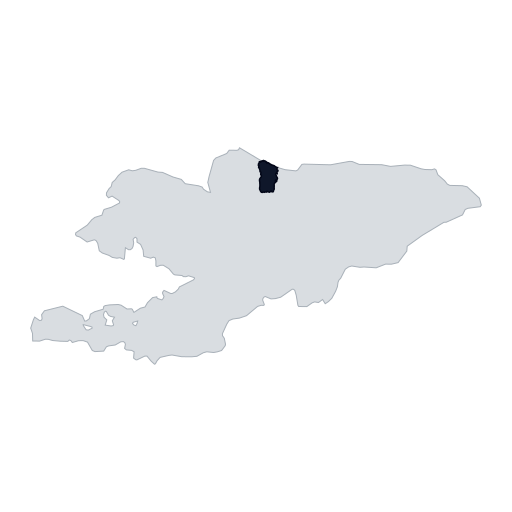 Ysyk-Ata, Chuy, Kyrgyzstan shown in context
{"feature_id": "92254566B31675215078110", "entity_name": "Ysyk-Ata", "entity_type": "district", "adm_level": 2, "iso_a3": "KGZ", "parent_name": "Kyrgyzstan", "parent_adm1": "Chuy", "projection": "albers", "projection_center": [74.932, 42.711], "detail": "fine", "context": "in_parent", "style": "filled", "palette": "ink", "viewbox_px": 512, "rotation_deg": 0, "n_neighbors": 0, "source": "geoboundaries", "source_scale": "gbopen_adm2", "svg_char_len": 7022}
<svg xmlns="http://www.w3.org/2000/svg" viewBox="0 0 512 512"><path d="M103.8,306.4L105.2,305.6L109.5,304.9L118.2,304.5L121.1,305.2L127.0,309.0L131.5,308.8L132.3,309.3L133.9,312.4L140.4,308.2L145.0,307.0L147.5,302.7L152.6,297.6L156.8,296.8L156.9,297.7L157.6,298.5L161.9,299.9L163.2,298.5L164.0,296.6L162.6,293.5L162.6,292.2L164.0,290.4L170.7,293.5L172.2,293.5L175.4,291.9L178.3,289.1L179.4,286.9L193.4,279.9L194.5,278.6L194.3,277.6L188.5,275.8L185.9,276.7L183.4,276.6L182.0,275.5L174.9,274.9L173.4,274.1L168.9,268.7L163.2,265.2L160.4,265.3L157.0,266.6L155.9,265.9L155.9,260.9L155.3,257.9L153.3,257.1L150.7,258.2L143.7,256.3L143.1,250.0L140.6,244.4L137.0,242.1L137.0,238.7L135.7,237.3L134.6,237.6L133.1,239.3L133.7,242.9L133.0,246.6L132.1,248.4L130.4,249.7L128.5,249.7L125.4,247.7L124.4,258.8L123.8,259.4L120.0,257.7L116.9,258.2L112.3,257.4L109.0,255.4L102.3,253.0L99.3,250.8L97.7,243.2L96.0,240.5L94.3,239.8L87.1,242.0L80.0,237.1L76.4,235.9L75.5,234.5L75.8,232.8L87.3,225.1L91.9,219.6L94.8,217.4L101.9,215.2L103.7,210.0L104.3,209.4L111.5,207.2L119.5,203.0L119.7,201.7L119.0,200.6L112.1,196.1L108.5,197.8L106.4,195.3L106.5,192.8L109.1,188.6L111.2,186.6L112.2,182.5L115.2,179.8L118.3,175.6L122.0,172.2L128.7,169.8L132.3,170.8L135.8,170.3L141.2,168.3L144.4,168.3L158.0,172.1L162.5,172.4L173.0,177.0L181.3,179.4L185.2,183.7L198.6,185.8L202.2,187.1L203.5,189.2L207.3,191.8L210.5,192.4L207.8,182.4L209.1,176.5L213.6,160.4L215.8,158.0L226.7,153.5L229.2,150.2L237.0,150.3L238.6,149.7L239.5,147.8L263.5,162.1L272.6,166.1L285.2,169.7L295.9,170.9L297.7,170.0L301.9,164.4L304.0,164.1L330.5,164.8L349.4,161.4L352.1,161.5L359.2,164.4L381.7,164.7L390.5,166.4L404.5,165.1L410.4,165.2L421.1,168.8L424.9,169.5L431.8,169.7L434.5,168.9L436.0,169.8L437.8,174.7L444.7,180.8L447.3,184.1L449.8,185.4L462.3,185.7L467.1,186.8L479.4,198.2L481.3,205.1L480.2,206.7L467.9,208.3L465.2,209.5L462.5,214.9L446.3,222.2L443.9,222.3L422.2,235.4L407.2,246.2L406.8,251.1L398.1,262.6L391.4,264.2L385.6,264.1L376.2,267.8L364.0,267.0L359.9,267.3L351.8,266.0L348.6,266.9L345.3,269.2L340.7,278.2L338.8,280.3L338.0,282.4L337.4,286.7L335.6,291.3L331.8,298.3L328.4,301.6L325.2,303.7L322.6,299.5L318.5,302.5L314.6,301.9L312.2,302.8L306.8,306.6L298.7,306.5L297.9,305.3L296.2,295.1L294.8,290.4L293.6,289.3L292.2,289.2L280.7,297.2L275.4,298.6L271.0,298.9L265.2,296.5L264.0,297.1L263.0,298.4L262.6,300.0L264.3,304.5L263.8,305.4L261.2,305.3L257.6,306.4L246.5,315.7L239.4,318.1L232.9,319.0L229.0,320.6L226.8,324.1L222.4,333.7L222.5,335.7L224.3,338.3L225.5,344.2L225.2,345.7L221.6,350.5L217.1,351.9L213.6,352.5L206.8,351.8L203.4,352.7L196.9,356.3L191.6,356.8L181.7,356.7L172.0,355.0L168.8,355.4L160.1,357.4L157.1,360.7L155.4,363.8L154.5,364.2L151.2,361.2L147.0,356.1L144.8,356.1L136.9,359.9L135.7,359.7L133.6,358.1L134.1,351.8L131.7,350.4L126.4,349.9L124.6,348.4L125.4,344.4L124.9,342.8L123.5,341.6L120.8,341.8L115.2,345.0L108.6,345.9L106.4,346.8L103.7,351.1L95.0,351.6L92.3,350.5L87.5,342.1L83.1,340.6L78.5,340.7L72.3,342.5L70.9,340.6L69.3,340.0L67.8,341.4L60.3,341.2L52.6,340.5L48.3,339.3L45.4,339.2L39.6,341.1L32.7,341.0L32.5,333.4L30.7,328.1L33.4,319.8L34.7,317.1L39.7,320.6L41.5,320.2L42.1,318.6L41.6,314.7L44.4,310.8L62.8,306.2L82.3,315.6L84.7,321.1L86.4,320.9L89.4,318.7L90.4,314.2L94.5,311.8L103.2,309.2L103.8,306.4ZM113.2,325.6L113.6,324.8L112.3,320.8L114.5,317.2L110.5,316.4L108.5,315.2L106.3,311.4L105.5,311.2L104.3,312.1L103.5,314.6L104.0,317.2L106.8,319.9L105.2,325.1L111.1,326.0L113.2,325.6ZM92.1,328.2L92.0,327.1L90.6,326.5L83.2,324.6L83.4,325.7L86.1,329.8L88.3,330.1L92.1,328.2ZM137.1,323.4L137.7,321.0L133.1,322.3L132.5,323.5L134.0,325.1L135.9,325.7L137.1,323.4Z" fill="#d9dde1" stroke="#a8b0b8" stroke-width="1"/><path d="M260.6,161.4L260.5,161.5L260.2,161.6L260.2,162.1L259.6,162.1L259.6,161.7L259.4,161.7L259.2,162.2L259.1,162.7L259.1,163.1L258.9,163.5L258.5,163.8L258.4,164.3L258.5,164.8L258.4,165.0L258.3,165.9L258.5,165.5L258.9,165.6L258.6,167.1L258.7,167.5L258.7,167.8L259.5,168.1L259.6,169.4L260.1,170.9L260.0,171.7L260.7,172.0L260.9,172.2L260.9,172.7L260.8,173.5L260.7,174.4L260.8,174.9L261.3,175.3L261.5,175.8L261.4,176.3L261.1,176.9L260.6,177.6L260.2,178.2L259.9,178.6L259.6,179.2L259.5,180.0L259.5,180.8L259.7,181.8L259.8,182.4L259.8,183.4L259.9,183.9L259.9,184.8L259.9,185.9L259.8,187.0L259.6,187.8L259.6,189.0L259.7,189.4L259.9,189.8L260.4,190.9L260.6,191.3L261.1,192.0L261.4,192.3L261.8,192.2L262.0,192.2L262.2,192.3L262.7,192.4L262.9,192.2L263.0,192.2L263.3,192.1L263.5,192.1L263.8,192.1L264.0,192.1L264.3,192.2L264.5,192.0L264.8,192.2L265.0,192.0L265.1,191.9L265.3,191.9L265.5,191.9L265.8,191.7L266.0,191.8L266.1,192.0L266.3,192.1L266.5,192.0L266.8,192.0L266.9,191.8L266.9,191.7L267.0,191.7L267.3,191.6L267.3,191.3L267.5,191.4L267.5,191.5L267.8,191.6L268.2,191.7L268.3,191.8L268.5,191.8L268.9,192.1L269.1,192.2L269.5,192.2L269.9,192.0L270.0,191.8L270.0,191.7L270.3,191.6L270.5,191.6L270.8,191.5L270.8,191.4L270.9,191.0L271.0,191.0L271.3,191.0L271.6,191.1L271.7,191.3L271.9,191.8L272.0,191.9L273.1,191.8L273.4,191.4L273.5,190.6L273.7,190.1L274.0,189.7L274.2,189.1L274.2,188.2L274.1,187.5L274.2,186.4L274.2,185.4L274.1,184.5L274.3,183.7L274.6,183.2L275.1,182.7L275.5,182.3L275.4,181.8L275.6,181.6L276.1,181.6L276.4,181.6L276.6,181.4L276.8,180.9L276.8,180.2L276.5,180.2L276.5,180.4L276.4,180.6L276.1,180.9L275.8,180.9L275.5,180.8L275.4,180.5L275.5,180.1L275.8,179.9L276.1,179.9L276.5,179.8L277.1,179.4L277.4,178.8L277.5,178.4L277.3,177.7L276.8,176.9L276.3,175.7L276.0,175.1L275.8,174.8L275.7,174.6L275.8,173.9L275.8,173.5L276.0,173.4L277.2,173.7L277.2,173.4L277.2,173.1L276.8,172.3L276.9,171.9L277.3,171.5L277.7,171.4L277.9,171.0L278.0,170.7L277.9,170.3L277.7,170.1L277.4,169.9L276.9,169.5L276.8,169.2L276.8,168.7L277.4,167.9L277.5,167.6L277.4,167.6L277.1,167.5L276.9,167.4L276.7,167.4L276.1,167.1L275.8,166.8L275.7,166.8L275.5,166.7L275.4,166.6L275.2,166.5L275.0,166.4L274.9,166.3L274.8,166.2L274.7,166.1L274.5,165.9L274.3,165.8L274.2,165.7L273.9,165.6L273.7,165.6L273.3,165.6L273.2,165.5L273.2,165.4L272.8,165.1L272.7,165.1L272.3,165.2L272.2,165.2L271.9,165.1L271.7,165.0L271.7,164.9L271.4,164.8L271.3,164.7L271.2,164.6L270.9,164.5L270.8,164.4L270.6,164.3L270.6,164.2L270.4,164.1L270.2,164.0L270.0,163.9L269.9,163.9L269.7,163.9L269.5,163.7L269.4,163.7L269.1,163.5L269.0,163.4L268.9,163.4L268.7,163.3L268.6,163.2L268.3,163.0L268.2,163.0L268.2,162.9L267.9,162.9L267.8,163.0L267.6,163.0L267.7,162.9L267.8,162.8L267.7,162.8L267.7,162.7L267.4,162.5L267.2,162.5L266.9,162.5L266.9,162.3L266.8,162.2L266.7,162.2L266.5,161.9L266.4,161.9L266.1,161.8L265.9,161.9L265.8,161.7L265.7,161.6L265.7,161.4L265.6,161.2L265.4,161.2L265.2,161.1L264.9,161.0L264.7,161.0L264.7,160.9L264.3,160.8L264.2,160.8L264.0,160.7L264.0,160.8L263.9,160.9L263.8,161.0L263.7,161.0L263.6,160.9L263.4,160.8L263.1,160.9L263.1,161.0L262.8,160.9L262.8,161.0L262.7,161.0L262.6,160.9L262.3,160.9L262.2,160.9L262.0,161.0L261.9,161.0L261.8,161.3L261.7,161.3L261.4,161.3L261.2,161.3L260.9,161.4L260.9,161.5L260.7,161.4L260.6,161.4Z" fill="#0f172a" stroke="#020617" stroke-width="1.5"/></svg>